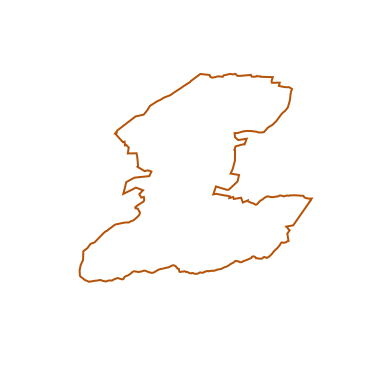 Ēveles pag., Burtnieku, Latvia, rotated 148°
{"feature_id": "27541924B74046079513035", "entity_name": "Ēveles pag.", "entity_type": "district", "adm_level": 2, "iso_a3": "LVA", "parent_name": "Latvia", "parent_adm1": "Burtnieku", "projection": "natural_earth1", "projection_center": [25.59, 57.723], "detail": "fine", "context": "isolated", "style": "outline", "palette": "amber", "viewbox_px": 384, "rotation_deg": 148, "n_neighbors": 0, "source": "geoboundaries", "source_scale": "gbopen_adm2", "svg_char_len": 5914}
<svg xmlns="http://www.w3.org/2000/svg" viewBox="0 0 384 384"><g transform="rotate(148 192 192)"><path d="M329.3,173.7L328.9,173.4L328.3,172.5L327.8,171.8L327.6,171.5L327.1,170.7L326.5,170.2L326.2,170.1L325.9,170.0L324.9,169.7L324.0,169.2L321.4,168.2L320.0,167.5L318.8,166.9L316.7,166.2L316.2,165.8L315.7,165.2L314.3,163.4L313.6,162.9L312.8,162.0L312.5,161.9L311.5,161.5L310.4,161.3L309.7,161.1L309.1,160.9L308.6,160.5L307.5,159.8L306.6,159.3L303.9,159.2L300.7,158.4L299.9,157.7L299.1,156.6L297.5,154.9L296.8,154.7L296.4,154.6L295.9,154.7L294.8,155.4L294.1,155.7L293.0,155.7L292.3,155.6L290.5,155.2L289.0,155.2L287.9,155.2L284.8,155.7L283.5,155.6L282.9,155.3L282.5,154.9L281.3,154.0L280.6,153.2L280.2,152.8L279.2,152.2L278.1,151.9L277.0,151.4L276.3,151.2L274.5,150.8L273.6,150.2L273.3,149.9L272.9,149.3L272.6,149.0L271.1,146.9L270.2,145.9L269.5,145.3L269.2,144.9L268.3,144.4L267.3,144.1L266.3,143.9L264.7,144.0L261.3,143.8L260.9,143.7L260.0,143.5L257.1,142.4L254.4,141.5L253.9,141.3L253.2,141.2L252.3,140.7L251.4,140.5L250.6,140.4L248.6,140.3L247.5,140.1L246.5,139.7L246.2,139.4L245.7,138.7L245.2,137.7L245.2,137.2L245.1,136.6L244.8,135.9L245.0,135.6L244.9,135.1L244.6,134.5L244.3,134.0L244.0,133.7L243.9,133.6L244.6,132.1L244.7,131.3L244.8,130.9L244.7,130.6L242.6,129.7L241.2,129.0L240.2,128.6L239.7,128.1L239.5,127.6L239.3,127.2L238.5,126.8L238.3,126.5L237.1,124.6L236.3,123.8L235.8,123.5L235.5,123.3L234.9,123.3L234.4,123.0L234.1,122.7L233.5,121.7L232.4,120.7L230.6,119.8L230.1,119.7L229.6,119.7L228.5,119.7L227.9,119.6L226.8,118.7L226.4,118.2L225.8,117.8L225.3,117.7L224.8,117.8L223.6,117.5L222.3,117.4L221.8,117.2L220.4,116.6L220.2,116.1L219.2,115.7L217.4,115.0L216.9,114.7L216.5,114.5L216.2,114.0L215.3,113.8L214.2,113.3L213.4,113.0L212.6,113.0L211.5,112.7L210.9,112.4L207.7,111.2L205.8,111.2L202.9,110.6L201.3,110.3L199.8,110.3L198.3,110.5L196.9,110.4L193.8,110.2L192.6,110.5L192.1,110.5L191.6,110.4L191.1,110.1L189.2,108.4L189.0,107.8L188.7,107.2L187.8,106.6L187.0,106.2L184.8,106.1L184.0,105.9L182.0,105.4L180.0,105.2L179.2,105.0L178.0,104.8L177.0,104.6L176.6,104.6L175.6,105.2L175.3,105.3L173.8,104.7L173.4,104.4L172.8,103.0L172.8,102.3L172.8,101.9L172.4,101.7L172.1,101.6L170.9,100.3L169.0,99.0L168.3,98.6L167.8,98.4L167.5,98.4L167.0,98.6L166.4,98.7L166.0,98.8L165.7,98.7L165.2,98.5L164.7,98.2L164.4,97.8L163.5,96.4L163.2,96.3L162.9,96.4L162.4,96.4L161.6,96.4L159.8,96.5L159.0,96.7L157.3,97.1L156.6,97.3L155.1,97.9L153.2,98.5L149.4,99.2L147.2,99.9L146.9,100.0L145.8,100.4L143.4,101.6L142.8,101.6L142.5,101.6L142.0,101.2L141.6,100.9L141.3,100.4L139.3,99.6L137.6,99.7L136.5,99.4L136.1,99.3L133.7,105.0L133.3,106.1L129.5,107.8L130.4,112.7L123.8,110.1L100.6,120.0L97.1,121.4L97.3,121.5L94.0,123.0L95.5,123.9L96.4,124.5L96.5,124.6L97.1,125.1L97.5,125.5L98.1,126.0L98.5,126.3L98.8,126.7L99.1,127.1L99.2,127.4L99.2,127.5L99.6,128.1L99.6,129.7L103.1,132.3L106.9,135.0L108.4,135.8L110.2,136.9L110.9,137.3L112.3,137.7L113.4,138.8L116.4,139.6L118.9,142.3L119.2,142.5L119.6,142.5L121.0,142.7L121.3,142.7L121.6,142.7L122.0,143.0L124.2,144.0L125.9,144.6L126.7,145.2L127.7,145.9L129.3,147.5L129.9,147.9L130.4,148.2L130.4,148.3L130.7,148.5L130.8,148.5L131.6,148.5L132.3,148.7L133.1,148.6L133.5,148.6L135.2,148.5L135.4,148.4L135.9,148.3L138.4,148.4L138.7,148.4L139.6,148.2L139.9,148.1L140.2,148.1L143.0,147.2L143.9,147.2L144.6,147.4L144.9,147.6L145.7,149.4L146.3,150.1L147.8,151.9L149.4,154.4L149.4,155.1L149.2,155.3L154.4,156.1L154.0,158.4L153.4,161.1L160.2,163.9L159.7,165.9L163.5,167.1L162.2,168.1L164.2,170.2L166.4,172.0L172.4,177.6L175.2,178.7L168.7,184.0L166.7,181.6L161.0,175.1L159.2,174.5L152.8,175.8L147.9,176.8L147.6,177.0L143.1,181.5L149.5,187.2L145.7,189.6L144.5,190.7L144.0,191.1L141.3,193.7L139.1,195.7L136.0,200.4L133.3,204.8L133.7,205.3L130.9,207.6L127.7,206.6L125.7,206.2L124.3,205.5L121.7,205.0L121.7,204.9L117.4,208.2L120.9,209.7L121.0,209.7L125.3,211.6L126.5,215.6L124.7,219.4L122.2,217.9L116.3,216.2L112.9,214.6L108.1,211.3L107.5,210.6L106.0,209.5L104.9,208.5L104.2,207.4L102.7,206.4L99.4,204.6L93.5,206.4L91.6,206.4L89.3,206.4L88.7,206.2L82.7,207.5L82.2,207.7L76.2,210.1L74.3,210.8L72.4,211.2L70.0,211.5L67.9,212.2L65.9,212.9L60.8,217.5L59.7,218.8L56.8,222.4L55.1,224.4L52.6,226.3L54.0,229.3L57.8,231.8L62.1,235.9L59.7,238.2L62.2,239.8L66.3,242.2L65.8,243.9L62.6,246.6L72.6,253.2L72.7,253.9L75.9,255.8L75.8,256.1L77.4,256.3L80.3,258.3L80.0,260.2L81.7,260.9L87.5,263.9L90.2,265.3L91.9,266.4L92.6,269.2L95.1,270.1L97.0,271.9L103.4,274.1L104.8,273.4L108.6,276.3L111.9,277.3L114.5,278.4L115.5,280.1L114.9,281.3L115.6,282.3L122.4,287.7L134.3,286.7L134.8,286.5L135.5,286.2L137.8,286.3L141.4,286.2L141.6,286.3L146.8,286.0L154.2,285.9L159.1,285.6L165.7,286.9L170.1,286.9L173.1,287.4L182.0,287.3L186.9,284.9L192.0,283.2L199.8,286.0L222.4,283.8L226.0,282.4L225.0,281.8L226.0,281.2L224.2,270.8L222.5,270.4L224.1,267.1L222.8,266.8L222.6,265.3L222.0,263.3L223.3,261.9L226.0,258.7L218.5,254.2L219.2,252.5L219.8,250.8L220.0,250.6L220.9,248.6L224.3,242.0L224.8,242.1L224.7,241.8L221.1,234.8L218.4,233.9L216.8,232.6L215.6,230.8L219.8,228.1L226.1,231.2L233.3,234.7L233.8,234.6L235.2,234.8L236.1,234.9L242.6,235.2L246.8,231.0L251.3,226.8L241.0,225.7L237.3,225.5L232.6,219.4L237.5,218.2L237.9,218.0L237.9,214.1L235.5,213.3L236.1,211.8L236.6,210.9L237.2,210.1L237.6,209.9L237.9,209.7L238.3,209.6L238.6,209.6L246.2,209.5L247.6,209.2L248.1,209.2L248.3,208.9L248.5,208.5L248.5,208.1L248.3,207.9L248.0,207.5L247.7,207.4L246.8,206.7L247.0,203.2L246.9,202.7L247.2,202.0L248.2,201.0L248.8,200.5L251.9,199.7L256.4,199.0L260.4,199.7L261.7,199.6L264.0,201.1L266.4,202.2L272.2,204.3L274.2,205.0L274.7,205.1L282.6,204.4L284.8,204.1L285.1,204.2L285.6,204.4L288.1,204.1L288.8,204.0L301.3,200.9L305.5,201.8L310.5,199.8L315.5,199.4L320.5,192.0L322.9,190.5L325.1,189.0L325.3,188.9L325.9,188.2L328.8,185.2L329.0,184.8L330.0,183.0L331.4,180.4L331.4,179.5L329.3,173.8L329.3,173.7Z" fill="none" stroke="#b45309" stroke-width="2"/></g></svg>